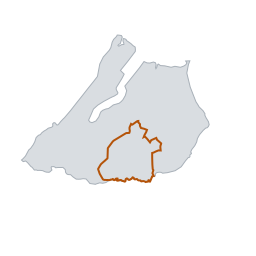 Matam highlighted on a map of Senegal, rotated 128°
{"feature_id": "SEN-767", "entity_name": "Matam", "entity_type": "Region", "adm_level": 1, "iso_a3": "SEN", "parent_name": "Senegal", "parent_adm1": "", "projection": "mercator", "projection_center": [-13.497, 15.275], "detail": "fine", "context": "in_parent", "style": "outline", "palette": "amber", "viewbox_px": 256, "rotation_deg": 128, "n_neighbors": 0, "source": "natural_earth", "source_scale": "10m", "svg_char_len": 5185}
<svg xmlns="http://www.w3.org/2000/svg" viewBox="0 0 256 256"><g transform="rotate(128 128 128)"><path d="M192.4,119.0L195.2,123.9L194.6,126.3L194.0,129.7L195.6,132.2L197.4,133.8L198.7,135.3L200.2,137.4L200.4,141.5L200.1,144.5L201.1,145.8L201.9,147.5L201.7,148.9L201.2,150.1L199.4,151.8L199.1,154.9L202.0,158.6L203.9,160.6L203.8,161.8L204.3,163.0L205.7,164.5L206.5,164.2L207.5,163.0L207.9,162.1L210.4,162.5L211.5,162.9L213.1,165.3L213.7,166.9L214.1,168.9L215.7,171.5L217.2,173.3L217.5,174.4L218.8,175.9L218.0,179.2L218.1,180.9L217.2,185.4L217.0,187.5L217.0,188.3L219.0,189.9L218.8,192.2L216.8,191.8L213.3,191.5L206.4,192.7L204.0,192.2L199.5,192.4L196.2,193.0L192.1,194.5L188.9,194.1L187.2,193.0L184.9,193.0L182.4,192.4L179.6,191.3L177.2,190.7L174.5,188.7L173.2,188.3L172.3,188.8L171.6,189.5L170.8,190.0L169.3,189.6L168.8,188.2L169.3,186.8L169.4,185.8L168.7,185.2L167.1,185.0L164.4,185.0L160.1,184.6L159.2,184.4L149.6,184.0L139.7,184.0L131.2,183.9L120.6,183.9L113.2,183.8L106.2,183.8L100.8,186.6L95.0,189.6L87.2,191.2L78.2,190.6L75.3,191.0L72.3,192.3L70.1,193.3L67.0,193.9L63.0,193.4L61.4,193.7L60.4,192.3L59.2,190.1L59.9,188.5L62.4,187.5L66.1,186.1L68.0,186.8L69.1,186.8L69.3,186.0L69.0,185.5L66.2,184.3L64.7,182.7L63.6,183.7L62.5,185.6L61.7,186.1L60.4,186.7L59.7,185.4L59.4,184.1L60.0,183.1L59.7,177.7L60.0,174.7L59.8,172.2L61.6,170.5L63.2,169.4L69.7,169.3L75.7,169.2L81.4,169.3L87.3,169.4L87.9,164.2L89.8,163.8L92.6,163.3L97.7,162.7L103.5,162.1L104.8,161.1L105.7,159.4L106.3,157.8L107.5,157.2L109.1,157.7L111.3,158.5L113.5,159.7L116.0,160.9L117.7,161.6L121.7,163.4L128.6,165.9L134.3,166.9L141.1,165.1L146.1,163.9L146.7,161.7L145.9,159.6L142.2,157.6L137.2,157.8L135.7,158.3L133.4,159.0L131.9,159.3L129.6,158.8L126.6,157.1L124.7,155.4L122.1,154.6L118.9,153.8L113.9,150.2L111.3,149.6L108.8,149.4L104.0,150.1L99.4,152.0L96.9,156.3L92.3,156.2L82.4,156.1L73.3,156.0L65.8,156.3L65.0,153.1L63.3,150.7L60.4,148.6L59.7,146.6L60.7,144.9L63.5,143.5L64.1,142.5L62.7,142.6L60.5,143.5L59.0,143.6L58.8,140.8L56.4,137.3L53.6,131.4L50.5,129.0L47.9,124.1L45.1,122.3L42.6,121.4L40.5,121.6L39.7,123.8L37.0,120.6L40.7,119.5L48.5,115.5L57.5,104.1L65.5,90.6L66.6,87.4L67.6,85.0L68.2,79.5L69.4,76.1L70.5,75.5L71.8,73.0L73.5,68.5L75.4,66.1L77.4,65.6L79.1,65.8L80.2,66.7L83.6,67.3L89.3,67.5L93.6,66.8L96.7,65.3L100.8,64.5L105.8,64.5L108.4,63.8L108.7,62.6L109.3,62.2L110.4,62.7L111.4,62.5L112.3,61.6L113.2,61.5L114.1,62.3L118.3,62.5L125.8,62.2L132.7,64.6L139.0,69.5L142.3,72.9L142.5,74.5L143.6,76.2L145.5,77.9L147.2,78.2L148.8,77.1L150.0,77.2L150.9,78.5L152.7,78.8L154.7,78.0L156.2,78.3L156.4,79.0L156.8,79.5L157.7,79.6L159.0,80.6L160.9,83.3L162.4,86.9L163.5,91.7L165.0,94.2L166.9,94.6L168.0,95.6L168.3,96.7L168.8,97.5L169.7,97.9L171.3,97.7L173.2,99.3L175.2,102.7L175.5,104.3L175.2,105.1L175.3,105.7L176.7,106.3L177.9,107.4L179.0,109.1L181.2,110.6L184.7,111.9L187.1,113.9L188.6,116.5L191.8,118.7L192.4,119.0Z" fill="#d9dde1" stroke="#a8b0b8" stroke-width="1"/><path d="M149.9,78.3L150.0,78.4L150.3,78.5L150.5,78.6L150.6,78.8L150.8,78.9L151.1,79.1L151.4,79.2L151.6,79.1L152.4,78.7L152.5,78.7L153.1,78.7L153.4,78.6L154.3,78.2L155.9,77.9L156.3,77.7L156.6,77.6L156.8,77.7L156.9,78.1L156.4,79.0L156.3,79.5L156.6,79.7L157.7,79.3L158.1,79.3L158.3,79.5L158.5,79.9L158.7,80.1L159.5,80.6L159.7,80.8L159.7,81.1L159.8,81.6L159.8,81.9L160.2,82.9L160.4,83.2L160.6,83.5L160.9,83.8L161.6,84.3L161.8,84.6L161.9,84.8L161.9,85.1L161.7,85.6L161.7,85.9L161.8,86.1L161.9,86.3L162.5,86.9L162.7,87.4L162.9,87.9L162.9,88.5L162.7,89.0L162.7,89.3L162.7,89.5L162.8,89.7L163.1,89.9L163.5,90.2L163.7,90.4L163.9,90.6L164.3,91.1L164.4,91.3L164.4,91.5L164.4,91.8L163.9,92.5L163.8,93.0L163.8,93.3L164.1,94.0L164.6,94.0L165.5,93.9L165.9,93.9L166.1,94.0L166.6,94.4L166.9,94.4L167.5,94.6L167.9,94.9L168.2,95.1L168.4,95.5L168.5,95.9L168.3,97.1L168.3,97.4L168.4,97.6L168.5,97.9L168.7,98.0L169.6,98.3L170.0,98.2L170.5,97.9L170.8,97.6L171.3,97.4L171.7,97.3L172.2,97.5L172.4,97.8L172.5,98.0L172.6,98.9L172.7,99.1L173.0,99.5L173.2,99.9L173.2,101.0L173.3,101.5L173.6,101.9L173.9,102.3L175.7,103.5L176.0,103.9L176.2,104.4L176.1,104.9L175.6,104.9L174.6,104.8L174.3,105.1L174.5,105.5L175.1,106.1L175.4,106.3L175.7,106.4L175.9,106.4L176.6,106.3L176.9,106.3L177.2,106.4L177.4,106.6L177.6,106.8L177.7,107.0L177.7,107.3L177.5,108.1L177.5,108.3L177.6,108.6L178.4,108.9L178.6,109.1L179.5,110.0L180.3,110.3L180.4,110.5L183.5,114.7L183.7,115.2L183.9,115.9L183.9,116.1L183.8,116.4L181.5,122.1L179.1,125.8L178.7,126.3L178.4,126.4L173.9,127.0L172.7,127.0L164.7,125.5L164.4,125.6L164.1,125.8L156.4,131.4L156.0,131.5L147.9,131.7L146.5,131.4L133.6,126.5L133.1,126.2L132.6,125.8L132.3,125.3L131.0,124.0L129.8,124.4L129.4,124.7L128.8,125.1L127.9,126.2L126.5,127.2L122.9,128.1L122.9,127.6L122.9,127.3L122.9,126.9L122.7,126.7L122.2,126.5L117.4,125.1L116.6,124.7L116.1,124.2L117.2,123.4L117.6,120.9L118.9,120.0L120.0,117.8L118.7,114.9L117.8,111.9L119.9,111.2L123.2,110.7L125.5,110.0L124.3,109.4L124.8,106.0L125.8,101.8L123.3,102.2L118.4,99.6L119.4,97.9L119.7,92.4L120.5,92.0L122.0,91.5L123.2,90.7L125.6,88.4L126.9,90.2L129.3,91.6L131.6,92.7L132.8,93.6L137.2,90.1L141.9,86.2L145.2,83.2L145.6,82.1L148.6,80.9L149.9,78.3Z" fill="none" stroke="#b45309" stroke-width="2"/></g></svg>